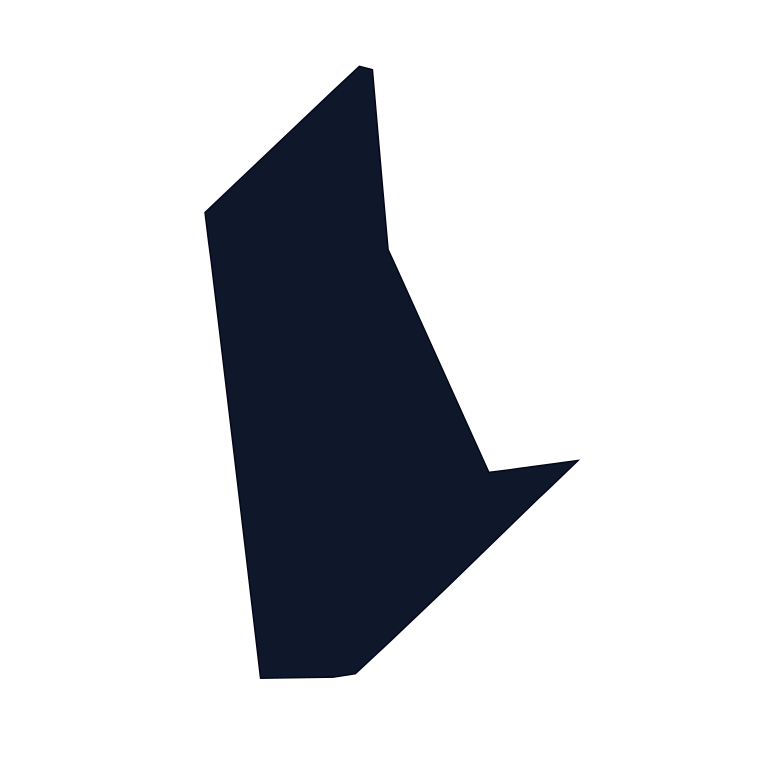 the district of Carneiros, Alagoas, Brazil, rotated 279°
{"feature_id": "56859067B63181895111760", "entity_name": "Carneiros", "entity_type": "district", "adm_level": 2, "iso_a3": "BRA", "parent_name": "Brazil", "parent_adm1": "Alagoas", "projection": "robinson", "projection_center": [-37.355, -9.473], "detail": "fine", "context": "isolated", "style": "filled", "palette": "ink", "viewbox_px": 768, "rotation_deg": 279, "n_neighbors": 0, "source": "geoboundaries", "source_scale": "gbopen_adm2", "svg_char_len": 468}
<svg xmlns="http://www.w3.org/2000/svg" viewBox="0 0 768 768"><g transform="rotate(279 384 384)"><path d="M693.9,310.0L665.8,288.1L525.4,180.4L495.4,189.0L479.7,193.7L409.9,213.5L200.5,272.6L74.1,308.1L86.5,379.6L93.4,401.0L129.7,429.4L191.9,477.0L295.7,554.7L304.9,561.9L338.8,587.6L322.7,533.8L318.5,520.2L313.1,501.4L439.0,418.7L502.9,376.7L517.4,367.0L581.3,351.0L615.9,342.4L692.6,323.4L693.9,310.0Z" fill="#0f172a" stroke="#020617" stroke-width="1.5"/></g></svg>